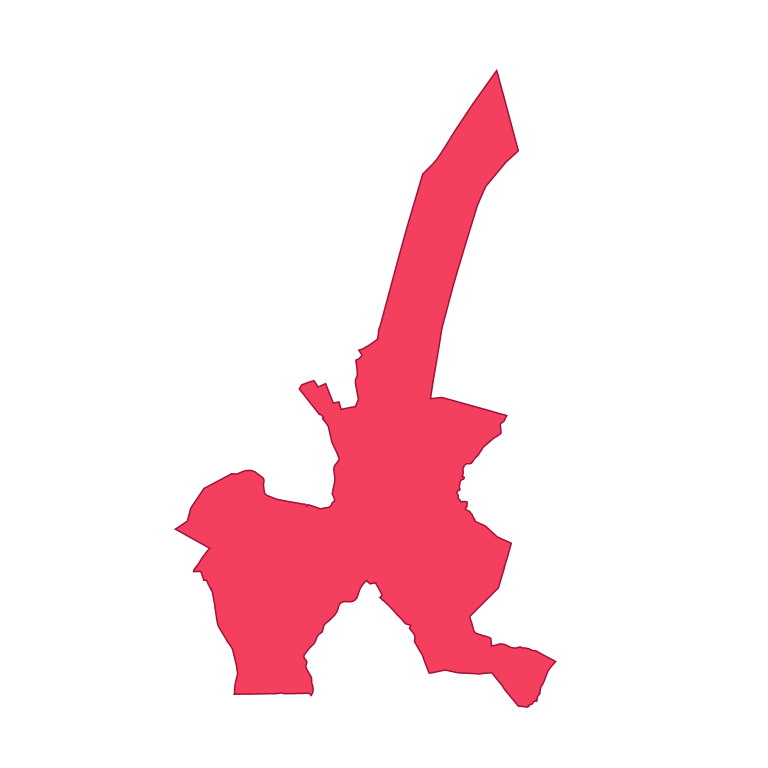 outline of Woudenberg, Utrecht, Netherlands, rotated 95°
{"feature_id": "6326949B36718410472652", "entity_name": "Woudenberg", "entity_type": "district", "adm_level": 2, "iso_a3": "NLD", "parent_name": "Netherlands", "parent_adm1": "Utrecht", "projection": "mercator", "projection_center": [5.439, 52.08], "detail": "fine", "context": "isolated", "style": "filled", "palette": "rose", "viewbox_px": 768, "rotation_deg": 95, "n_neighbors": 0, "source": "geoboundaries", "source_scale": "gbopen_adm2", "svg_char_len": 6117}
<svg xmlns="http://www.w3.org/2000/svg" viewBox="0 0 768 768"><g transform="rotate(95 384 384)"><path d="M669.2,199.7L666.3,198.7L655.6,195.6L650.8,192.7L648.2,190.7L645.5,188.8L639.6,202.7L636.7,209.1L636.5,209.8L636.4,210.8L636.7,211.8L636.6,212.7L636.3,213.5L635.0,217.0L634.7,220.9L634.7,221.6L634.9,223.0L634.0,225.5L635.1,228.3L635.5,229.4L635.6,230.4L635.6,232.5L635.3,234.9L633.1,240.7L633.0,241.4L632.7,244.4L632.8,245.7L633.2,246.6L633.8,247.6L633.4,247.8L634.2,249.0L635.3,253.2L635.6,254.1L628.1,255.4L627.3,257.2L626.9,258.6L625.4,266.2L624.3,270.3L624.3,270.9L624.1,271.3L623.4,271.6L622.6,272.8L614.1,275.9L611.0,277.3L608.1,278.3L577.3,252.4L577.0,252.2L557.8,248.3L557.8,248.5L545.1,245.8L531.6,243.3L531.3,243.9L528.2,253.0L526.3,258.1L516.6,270.7L513.4,279.9L512.6,281.8L511.8,281.6L511.1,281.9L508.6,283.8L506.6,284.7L505.5,286.1L504.7,286.5L503.3,287.9L502.9,289.3L502.0,291.0L501.8,291.3L500.9,292.0L500.2,292.1L499.7,291.7L499.1,290.6L498.5,290.8L496.0,290.7L494.4,290.9L494.3,291.1L494.1,291.6L494.1,293.5L494.1,294.3L494.7,297.0L494.6,297.4L493.6,297.7L491.9,299.6L490.9,300.2L490.3,300.4L489.3,300.1L488.8,300.2L486.2,301.8L485.1,301.9L484.3,301.7L483.2,299.5L482.5,299.1L480.6,299.9L478.7,300.0L475.3,299.6L473.7,299.2L472.8,298.6L472.0,296.7L471.0,296.0L470.4,295.9L469.7,296.2L469.4,296.6L469.4,297.6L469.3,298.0L468.9,298.2L468.1,297.9L468.0,297.7L466.1,297.3L461.2,298.0L460.0,297.4L458.1,296.7L456.9,295.7L456.2,294.8L456.1,292.5L455.8,291.2L455.4,290.2L453.7,288.9L451.8,288.0L450.0,286.9L446.7,284.0L446.0,283.6L445.6,283.5L440.3,280.6L438.9,280.0L438.4,279.7L428.0,269.6L427.4,268.7L426.6,267.4L425.9,266.3L423.0,263.3L422.2,263.1L415.1,264.5L414.0,264.6L413.2,264.1L411.5,262.1L410.0,260.9L408.2,260.4L404.8,258.9L404.5,260.0L403.2,267.5L401.5,276.0L392.7,323.1L392.5,325.2L392.5,326.0L394.2,334.5L394.4,335.8L394.5,336.4L379.8,335.5L344.0,332.6L331.0,331.7L323.4,331.1L319.2,330.5L319.2,330.4L280.5,323.7L260.8,319.8L253.0,318.1L240.6,315.6L198.3,306.6L183.2,301.6L178.1,299.7L152.0,281.6L145.1,275.1L139.9,270.5L85.5,290.3L73.4,294.8L66.7,297.2L61.9,299.1L97.6,320.1L126.0,335.6L143.4,344.3L154.3,350.2L160.4,354.4L171.5,363.7L225.6,374.7L257.9,380.7L325.5,392.7L329.8,393.9L332.4,394.1L334.2,394.0L336.7,394.1L339.2,394.4L340.2,394.6L345.5,400.8L347.4,403.2L348.9,405.6L350.9,408.0L352.5,412.1L357.3,408.3L361.2,411.3L362.6,414.0L365.1,413.8L365.8,413.4L370.9,412.3L376.4,411.4L377.3,411.4L379.1,411.7L380.2,412.0L382.1,412.8L385.9,412.5L401.5,408.2L409.2,410.6L409.6,412.8L410.0,414.5L413.0,424.5L405.7,427.3L407.5,432.8L388.7,442.2L392.8,449.4L388.7,452.4L386.8,454.1L388.5,458.6L391.9,465.6L392.1,465.9L396.3,468.0L419.0,446.6L419.6,446.0L419.5,445.7L419.9,445.7L420.4,443.4L422.2,441.8L422.6,441.2L423.7,442.3L428.7,437.7L430.9,435.9L446.9,430.7L450.7,428.4L458.3,424.0L459.2,423.8L461.4,422.5L462.3,422.2L463.3,422.3L465.2,423.2L469.5,426.0L471.1,426.4L472.7,426.7L478.6,425.6L481.8,424.7L483.5,424.6L487.5,424.8L492.5,425.5L497.9,426.0L502.3,423.5L503.7,423.4L505.0,422.9L506.3,424.8L507.1,425.3L509.5,426.0L510.3,426.6L511.1,427.5L511.5,428.2L512.0,429.4L512.4,431.0L512.7,433.0L513.6,434.9L513.9,436.2L513.7,437.3L512.1,443.3L511.0,448.3L511.0,449.4L511.1,449.8L512.4,450.2L511.6,450.8L511.0,451.7L510.5,452.0L510.7,452.6L510.6,454.4L509.5,467.8L508.6,477.1L508.2,480.4L507.8,482.1L505.7,489.1L505.7,489.5L504.5,492.0L504.0,492.7L503.5,493.1L502.3,493.7L496.1,495.1L494.4,495.3L491.3,495.1L489.9,495.3L489.0,495.6L488.1,496.4L487.1,497.8L483.9,503.2L483.1,504.2L482.8,504.8L482.2,506.8L481.6,510.0L481.9,510.3L482.1,512.8L482.6,515.0L482.8,515.6L485.3,520.5L486.4,522.3L486.6,524.3L486.6,528.0L486.9,528.3L492.4,536.7L503.8,554.3L508.4,556.8L524.5,565.7L537.7,567.9L546.8,579.2L562.9,543.2L565.0,545.0L572.8,549.9L579.6,553.3L584.8,556.7L585.8,557.2L587.5,557.4L586.7,550.2L591.2,548.1L595.3,546.4L595.0,544.1L595.0,543.7L596.5,542.8L599.2,541.4L599.3,541.3L599.3,541.1L601.4,540.0L602.3,539.4L602.3,538.8L603.4,538.9L603.6,538.6L604.2,538.1L606.3,536.9L606.9,536.7L618.7,533.4L621.8,532.8L635.3,529.5L639.4,528.1L642.2,526.2L651.6,519.3L654.3,517.5L655.9,516.0L658.8,513.6L661.4,511.8L676.8,506.6L685.3,504.6L695.6,506.1L700.3,506.3L703.9,506.0L706.1,506.2L703.4,478.9L702.7,472.7L702.5,471.2L702.2,466.5L701.5,462.5L700.7,459.5L700.7,459.1L701.2,457.1L701.2,456.2L700.5,448.7L699.5,440.1L699.5,438.8L698.7,433.9L699.0,430.9L700.4,429.6L700.7,429.5L700.5,429.2L697.4,428.1L694.4,427.9L692.6,428.3L690.6,428.9L688.2,429.9L683.0,430.6L681.3,431.5L675.2,436.0L673.7,436.7L672.6,437.1L671.0,437.2L668.5,436.7L667.4,436.7L666.6,437.1L664.1,439.4L663.5,439.8L662.3,440.0L661.0,439.9L654.1,435.6L648.4,430.8L645.7,429.7L643.3,429.2L642.7,429.0L639.5,427.5L638.3,426.0L637.1,424.9L636.7,424.2L636.1,423.8L635.3,423.8L634.4,423.5L630.9,423.1L629.7,422.7L628.5,422.0L627.3,421.0L624.6,418.1L618.3,412.8L617.1,412.1L613.8,410.6L608.5,409.6L607.5,409.1L606.5,408.5L606.1,408.2L605.3,407.2L604.5,405.5L604.2,404.5L603.9,399.0L603.6,397.4L603.2,396.2L602.1,394.4L601.4,393.8L599.7,392.5L598.9,392.1L591.1,390.3L588.1,389.1L585.0,387.3L582.7,385.6L581.4,384.3L584.3,380.5L582.8,375.0L583.2,374.9L592.0,368.9L594.7,367.4L595.1,367.6L597.0,369.5L599.8,366.0L599.8,365.6L604.1,360.2L609.6,354.0L612.7,350.8L616.2,346.6L621.0,341.7L621.0,341.2L622.1,336.4L622.2,336.2L625.1,337.4L630.4,332.5L631.7,331.6L634.0,331.1L638.0,331.2L648.3,324.0L650.4,322.3L657.1,319.3L668.1,313.8L667.5,310.8L665.2,303.4L663.7,298.2L663.7,297.6L665.3,284.6L664.7,270.7L664.6,263.1L664.3,262.6L663.8,260.6L662.3,251.3L667.6,246.4L673.8,240.3L676.3,238.4L677.4,237.6L693.2,222.1L693.3,221.2L693.2,220.7L693.2,217.9L693.4,214.7L693.4,213.4L693.2,213.1L692.7,212.8L692.7,211.9L692.6,211.6L692.3,211.6L691.6,212.1L690.4,209.7L690.4,209.2L689.2,208.1L688.4,207.8L687.8,207.2L686.6,206.4L686.6,206.0L686.8,204.6L686.8,204.3L686.6,204.2L685.6,204.4L684.5,203.7L684.1,204.2L683.7,204.3L682.1,203.5L681.5,203.5L680.3,202.9L680.0,202.6L679.9,202.2L678.0,201.6L677.8,201.7L677.7,202.1L677.5,202.3L676.5,201.8L673.9,201.6L672.4,201.3L670.6,200.5L669.2,199.7Z" fill="#f43f5e" stroke="#9f1239" stroke-width="1.5"/></g></svg>